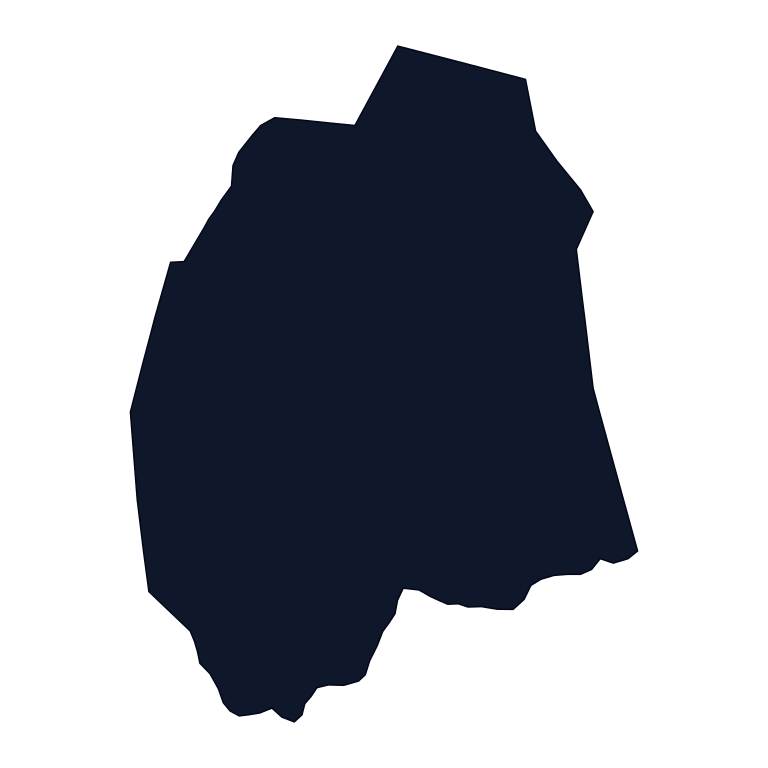 the district of Barreira, Ceará, Brazil
{"feature_id": "56859067B94020950784274", "entity_name": "Barreira", "entity_type": "district", "adm_level": 2, "iso_a3": "BRA", "parent_name": "Brazil", "parent_adm1": "Ceará", "projection": "natural_earth1", "projection_center": [-38.623, -4.321], "detail": "fine", "context": "isolated", "style": "filled", "palette": "ink", "viewbox_px": 768, "rotation_deg": 0, "n_neighbors": 0, "source": "geoboundaries", "source_scale": "gbopen_adm2", "svg_char_len": 1161}
<svg xmlns="http://www.w3.org/2000/svg" viewBox="0 0 768 768"><path d="M170.6,262.3L154.7,318.3L150.4,335.0L143.3,361.6L130.4,412.0L137.2,499.5L143.7,552.7L148.9,591.6L190.2,631.0L194.5,641.4L197.5,651.6L199.9,663.3L210.0,673.7L218.4,688.8L223.3,702.7L230.0,710.9L239.2,715.9L248.3,714.8L259.7,713.0L271.9,708.1L282.0,717.2L294.3,721.9L302.0,714.8L304.8,703.7L311.1,696.4L316.9,687.7L328.3,684.9L343.8,685.3L358.6,681.0L365.3,674.7L369.6,660.9L377.3,645.5L382.7,631.5L389.2,622.6L395.0,613.7L397.5,600.3L403.2,588.2L418.9,589.9L430.2,596.4L439.1,600.5L447.7,604.2L458.4,603.8L467.9,607.0L481.4,606.6L497.2,609.2L513.1,609.4L524.1,599.4L530.9,585.4L540.8,579.3L553.9,575.4L567.7,574.3L580.6,574.3L591.6,569.4L600.2,558.7L613.3,563.1L628.0,558.7L637.6,551.0L620.0,487.1L598.9,409.9L593.1,388.2L584.9,319.4L582.5,300.6L576.3,249.3L593.1,211.6L580.6,190.0L557.0,161.2L535.6,131.1L525.5,79.4L467.0,64.0L397.8,46.1L354.9,125.5L328.5,122.9L301.4,120.1L274.7,117.7L260.7,125.5L252.1,135.5L246.3,142.8L238.8,152.3L233.0,165.5L231.5,186.1L221.4,199.9L214.7,211.0L208.9,219.0L204.2,227.6L184.1,261.6L170.6,262.3Z" fill="#0f172a" stroke="#020617" stroke-width="1.5"/></svg>